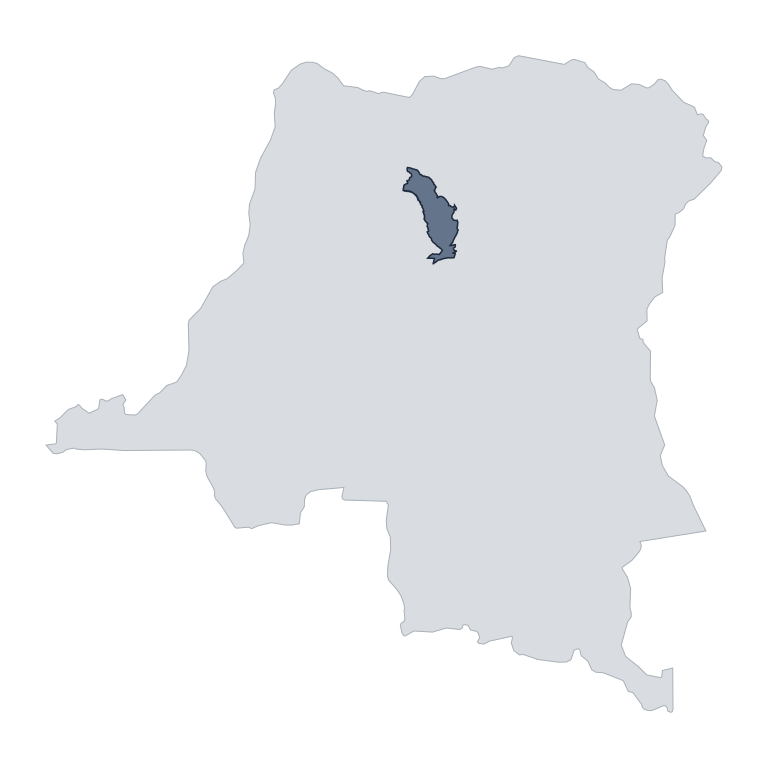 Yahuma, Orientale, Democratic Republic of the Congo shown in context
{"feature_id": "63176286B43218121140485", "entity_name": "Yahuma", "entity_type": "district", "adm_level": 2, "iso_a3": "COD", "parent_name": "Democratic Republic of the Congo", "parent_adm1": "Orientale", "projection": "albers", "projection_center": [22.941, 0.801], "detail": "fine", "context": "in_parent", "style": "filled", "palette": "slate", "viewbox_px": 768, "rotation_deg": 0, "n_neighbors": 0, "source": "geoboundaries", "source_scale": "gbopen_adm2", "svg_char_len": 9367}
<svg xmlns="http://www.w3.org/2000/svg" viewBox="0 0 768 768"><path d="M705.9,531.0L639.9,541.5L641.3,545.2L640.7,549.0L639.0,552.0L632.3,560.0L622.3,567.3L622.3,569.0L627.4,577.1L630.6,588.2L629.9,607.8L631.3,613.1L631.1,617.2L627.7,621.8L621.2,645.2L625.7,656.5L638.9,667.0L646.6,674.8L659.6,677.5L661.7,677.1L662.4,670.6L672.7,668.0L673.0,709.5L672.2,711.8L670.4,712.3L667.8,711.0L667.0,707.1L664.3,705.4L651.7,710.6L648.5,710.5L645.0,709.6L642.4,707.5L641.6,704.4L632.7,692.4L628.3,691.5L623.3,680.7L603.4,672.8L595.8,672.2L591.8,669.8L587.9,661.2L581.2,655.7L579.7,649.6L578.4,648.7L574.3,650.0L570.9,659.7L566.4,662.0L558.3,662.2L537.9,659.5L523.3,654.5L519.5,654.9L513.7,650.4L511.3,642.9L512.6,637.1L511.5,636.3L489.3,641.2L484.0,644.1L478.9,643.4L477.4,641.8L479.6,637.8L478.5,633.5L476.9,631.5L470.3,629.9L468.2,625.3L464.2,624.6L462.9,625.3L461.9,628.5L459.5,629.5L446.3,628.0L432.4,632.1L414.0,631.0L405.2,635.9L403.9,635.7L402.1,633.3L400.3,625.4L401.2,623.2L404.0,621.6L404.9,618.4L404.0,610.2L404.8,608.3L403.8,603.5L401.1,596.0L397.2,589.8L388.9,580.5L387.4,576.2L387.9,565.8L390.7,549.3L390.3,537.1L387.0,529.1L386.2,520.5L388.4,505.0L386.3,501.3L344.5,500.0L342.7,498.8L341.9,496.6L343.9,487.5L318.4,489.7L310.8,491.5L306.0,495.2L304.5,499.9L304.3,506.6L300.4,513.0L299.3,523.8L292.2,525.0L285.2,525.0L271.6,522.7L258.3,525.7L251.8,528.6L248.4,527.2L236.5,528.2L235.0,527.4L221.5,505.9L215.5,498.8L214.3,495.3L214.8,492.0L213.2,487.5L207.0,476.4L205.8,471.3L206.2,463.2L205.5,460.5L199.8,453.5L196.1,451.2L191.9,450.0L123.7,450.5L101.2,449.0L84.8,449.8L76.4,449.1L74.1,448.1L66.6,449.5L62.6,452.4L56.7,453.8L53.0,453.2L46.1,445.1L55.7,443.8L56.4,443.0L57.3,423.9L54.8,421.1L59.9,417.9L68.3,409.5L76.4,406.5L77.5,404.8L79.2,404.9L82.2,408.5L89.1,413.2L97.8,409.2L98.7,408.0L99.9,399.8L102.1,399.1L105.8,400.9L107.9,401.0L111.6,398.6L122.7,394.6L125.9,399.9L122.9,404.6L124.2,408.0L124.5,413.3L126.3,414.5L135.0,415.1L137.6,413.9L155.0,395.1L159.6,392.9L166.9,385.4L176.6,382.1L180.8,376.2L186.4,365.6L189.0,350.3L188.3,323.8L189.1,320.2L200.7,308.4L212.9,286.7L221.0,281.1L227.0,278.8L236.4,270.9L243.9,263.0L242.9,253.3L244.7,245.4L248.8,235.3L250.2,224.5L248.8,213.2L249.5,204.0L255.0,189.2L255.6,172.3L260.6,158.1L270.5,140.0L275.2,126.6L274.3,113.3L275.7,103.6L275.2,97.8L273.4,92.8L274.3,89.7L278.1,88.4L282.7,83.4L291.1,70.4L300.1,64.1L306.4,62.1L312.9,62.4L317.2,63.5L324.0,68.6L331.9,72.7L337.8,77.8L343.6,85.8L357.6,87.5L363.6,90.4L367.3,91.5L368.6,90.7L371.5,91.2L378.1,93.5L383.4,92.2L409.3,97.5L412.2,94.9L419.5,81.3L424.9,76.6L433.8,76.1L440.7,78.7L444.4,78.7L476.2,67.0L480.3,66.4L491.9,69.2L499.4,67.4L502.4,67.9L508.9,65.9L514.2,57.7L518.6,55.7L564.3,64.4L571.3,60.0L574.6,59.5L584.8,62.6L587.9,67.6L594.0,71.9L598.4,79.0L605.2,83.0L608.7,86.8L612.7,89.4L621.0,90.3L631.5,83.8L639.0,84.4L646.5,87.9L649.1,87.7L654.7,83.9L657.7,79.9L660.6,79.0L665.0,80.7L668.7,84.5L671.9,89.9L683.4,102.1L694.5,107.2L697.3,114.7L701.3,113.9L703.3,114.6L706.2,119.3L708.2,120.3L708.6,122.2L705.9,126.7L703.3,135.3L706.8,140.5L704.0,148.1L702.6,156.0L706.2,158.0L710.8,157.8L715.1,161.9L718.4,162.5L721.9,166.9L721.2,170.5L710.3,183.4L694.0,199.2L688.5,201.1L685.6,204.1L683.6,208.7L678.9,212.6L675.2,214.2L675.0,225.5L669.5,237.3L667.4,239.8L664.5,258.9L665.0,262.2L662.1,277.8L662.7,292.4L654.7,297.0L649.3,304.2L646.9,309.1L647.1,321.0L638.1,328.2L637.4,329.9L639.7,338.2L643.0,339.5L643.1,342.3L650.5,351.2L650.2,378.7L650.7,381.4L654.5,387.9L657.2,400.3L654.4,416.1L664.7,445.0L660.2,455.6L662.4,465.7L668.5,476.2L682.7,486.6L686.5,490.8L690.1,496.6L693.5,505.6L705.9,531.0Z" fill="#d9dde1" stroke="#a8b0b8" stroke-width="1"/><path d="M418.4,171.3L417.1,170.1L416.4,169.7L415.7,169.7L414.7,169.3L412.7,168.9L411.7,168.4L409.9,167.9L408.5,167.6L408.0,167.7L407.5,167.5L406.9,167.4L407.2,167.6L407.1,169.6L407.3,170.8L407.9,171.6L408.9,171.8L410.1,173.1L410.3,173.2L410.7,173.3L411.1,173.7L411.4,174.2L411.5,175.1L411.7,175.5L411.7,176.2L411.3,177.0L411.1,177.0L410.9,177.0L409.7,177.7L409.5,178.2L409.5,179.2L409.2,179.9L408.8,180.2L408.3,180.3L408.1,180.4L407.8,180.6L407.3,180.7L407.0,180.7L407.1,181.8L407.6,182.2L407.7,182.9L407.5,183.4L406.1,183.9L405.3,184.4L404.4,184.7L404.1,185.4L403.8,185.8L403.7,186.3L403.8,186.6L403.6,187.8L403.3,188.3L403.4,189.1L403.3,189.5L403.1,189.9L403.2,190.4L403.5,190.3L403.9,190.4L404.0,190.5L404.1,190.8L404.3,190.9L404.4,190.7L404.5,190.8L404.6,191.0L404.9,190.9L405.3,191.1L405.5,191.1L405.6,190.9L405.8,190.7L405.9,190.8L406.1,190.7L406.3,191.0L406.6,191.2L406.8,190.9L407.1,190.9L407.5,190.9L407.8,191.3L407.9,191.2L407.9,190.9L408.3,190.9L408.2,191.2L408.3,191.3L408.5,191.3L408.9,191.4L409.2,191.7L409.3,191.7L409.5,191.5L409.9,191.7L410.0,191.8L410.2,191.7L410.5,191.8L410.7,191.4L410.8,191.5L410.7,191.8L410.9,192.0L411.1,192.0L411.2,191.7L411.3,191.8L411.4,192.0L411.6,192.2L411.7,192.4L411.8,192.4L411.9,192.2L412.1,192.2L412.4,192.4L412.5,192.7L412.8,192.7L413.0,192.9L413.5,193.1L413.8,193.3L414.0,193.4L414.1,193.5L414.2,194.0L414.6,194.3L414.8,194.5L415.0,194.4L415.2,194.5L415.3,194.6L415.3,194.8L415.5,194.9L415.5,195.1L415.7,195.3L415.8,195.5L416.2,195.6L416.3,195.4L416.6,195.9L416.5,196.1L416.9,196.3L416.9,196.7L417.2,196.8L417.2,197.1L417.5,197.3L417.5,197.5L417.3,197.7L417.3,197.8L417.5,197.9L417.5,198.1L418.0,198.3L418.0,198.6L418.1,198.9L418.3,199.0L418.2,199.6L418.6,199.9L418.6,200.0L418.4,200.0L418.5,200.1L418.4,200.3L418.6,200.3L418.7,200.5L419.1,200.7L419.2,200.9L419.4,201.0L419.6,201.2L419.6,201.3L419.5,201.6L419.7,201.9L420.0,201.9L419.8,202.2L419.9,202.5L420.0,202.5L420.3,202.4L420.5,202.8L420.4,203.2L420.4,203.3L420.5,203.5L420.5,203.8L420.8,204.1L420.8,204.5L421.2,205.0L421.5,205.1L421.9,205.4L421.7,205.5L422.0,205.9L422.0,206.1L422.2,206.4L422.0,207.0L422.3,207.6L422.5,207.7L422.8,208.3L423.2,208.8L423.5,209.4L423.4,209.5L423.5,209.9L423.4,210.1L423.4,210.4L423.3,210.6L423.4,210.8L423.3,211.1L423.5,211.4L423.4,211.5L423.5,211.5L423.8,211.6L423.4,212.0L423.4,212.7L423.5,213.0L423.8,213.4L423.7,213.8L424.0,214.4L424.0,214.6L424.3,214.7L424.3,215.2L424.5,215.7L424.5,216.1L424.6,216.4L424.4,216.9L424.5,217.1L424.4,217.2L424.5,217.6L424.4,217.8L424.4,218.1L424.2,218.6L424.3,218.7L424.2,218.9L424.4,219.1L424.2,219.2L424.8,220.2L425.1,220.5L425.3,221.2L425.7,221.6L426.0,221.8L426.5,222.5L427.0,223.0L427.3,223.0L427.4,223.6L427.8,223.8L427.5,224.4L427.4,225.0L427.1,226.2L427.3,226.7L427.6,227.5L428.0,227.8L428.0,228.3L428.1,229.0L428.0,229.3L428.6,230.3L428.7,230.9L428.5,231.2L428.2,231.4L427.2,231.8L427.2,232.0L427.6,233.0L428.1,234.0L428.7,234.6L428.9,235.0L429.2,236.3L429.5,236.6L430.2,237.5L430.8,237.7L431.0,238.1L431.4,238.6L431.5,239.9L432.1,240.9L432.8,241.7L433.0,242.1L434.7,243.5L435.1,243.7L435.3,243.9L437.6,246.4L437.8,246.5L438.1,246.5L438.3,246.6L438.7,247.0L439.0,247.1L439.6,247.8L439.8,247.9L440.1,248.2L440.6,248.3L441.1,249.0L441.9,249.7L442.0,250.0L442.3,250.6L441.3,251.7L441.0,252.3L440.0,253.6L439.5,254.0L439.4,254.4L436.5,254.1L434.6,254.2L432.7,253.8L431.2,254.9L430.6,255.2L430.0,255.6L429.9,255.8L429.6,256.0L429.4,256.4L429.2,256.5L428.9,256.9L428.5,257.3L427.7,258.2L433.0,258.3L434.5,258.5L434.2,259.4L434.2,259.8L433.9,260.4L433.5,262.4L433.2,263.1L433.2,263.3L433.2,263.7L433.5,263.7L434.1,262.9L435.3,262.5L435.9,261.9L436.6,261.5L437.3,260.8L438.3,260.1L439.9,259.9L440.7,259.5L441.3,259.5L441.7,259.3L442.3,258.9L442.8,258.9L443.8,258.5L446.7,258.1L447.6,257.7L448.6,257.7L449.3,257.9L452.7,257.8L454.0,257.7L454.7,255.5L455.2,253.7L455.2,253.3L455.1,253.1L453.6,253.2L453.1,253.1L453.7,252.5L455.9,251.5L456.3,251.4L456.4,251.1L455.9,250.7L455.4,250.8L455.1,250.6L454.7,250.7L453.7,249.6L453.5,249.0L453.6,248.1L454.0,247.7L455.0,247.2L455.4,245.4L455.4,245.1L455.3,244.7L453.8,244.9L453.1,245.2L451.8,245.4L450.9,245.3L450.1,245.5L450.5,244.8L451.3,243.9L451.6,243.8L451.7,243.4L452.2,243.0L452.4,242.6L452.7,242.5L452.9,242.1L453.0,241.0L453.2,240.7L455.1,236.8L455.8,235.8L456.2,234.8L456.8,234.0L457.1,232.8L457.4,232.4L457.6,231.7L457.5,231.1L458.1,230.2L458.1,229.8L457.8,229.4L457.1,228.8L457.0,228.1L457.3,226.9L457.5,226.1L457.5,225.1L457.8,222.6L457.7,221.7L457.3,221.3L457.3,221.1L457.2,220.6L457.2,220.3L456.4,220.5L455.7,220.4L454.8,220.4L453.7,220.2L453.6,219.8L452.8,218.9L452.5,218.8L452.2,218.3L452.0,217.8L451.9,216.3L452.1,215.0L452.5,214.2L453.1,213.6L453.8,212.6L454.0,211.6L454.1,209.3L454.2,208.9L454.5,209.5L455.7,210.1L455.8,209.8L456.1,209.4L456.5,208.7L456.4,208.3L456.4,208.0L456.0,207.5L455.7,206.9L454.6,205.3L454.6,205.8L454.0,206.4L454.0,206.6L453.5,207.0L452.0,207.0L451.6,206.9L450.7,206.2L450.5,205.8L450.3,205.6L449.7,205.5L448.7,205.7L448.5,205.3L448.6,203.8L448.5,203.6L448.1,202.9L446.7,200.9L445.5,199.3L443.9,197.7L442.2,196.7L441.2,196.4L439.8,196.4L438.8,197.0L438.2,197.4L437.6,197.7L437.3,197.6L437.0,197.2L437.6,196.3L437.3,195.6L434.2,190.5L435.0,189.7L435.6,187.6L435.8,187.4L436.2,187.1L435.7,186.6L435.5,186.3L435.4,185.9L434.9,185.1L434.4,184.7L434.2,184.3L433.7,184.0L433.5,183.4L433.6,182.9L433.5,182.7L433.1,182.4L432.8,182.1L432.8,181.8L432.0,180.9L431.7,179.9L430.5,178.8L429.8,178.5L429.3,177.6L428.3,177.2L425.9,176.6L425.6,176.6L424.3,176.1L423.8,176.2L423.6,176.3L423.2,176.0L422.9,176.0L421.2,174.7L420.9,174.8L420.2,174.5L419.9,174.3L419.6,173.8L419.7,173.7L419.5,173.1L418.8,172.3L418.4,171.3Z" fill="#64748b" stroke="#1e293b" stroke-width="1.5"/></svg>